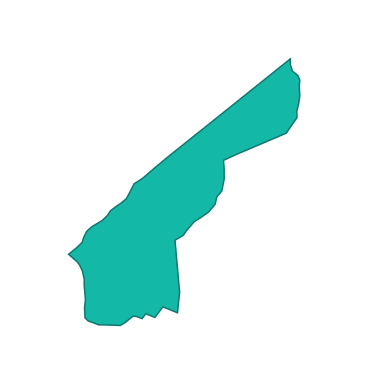 the district of Santa Inês, Paraná, Brazil, rotated 217°
{"feature_id": "56859067B45112402193343", "entity_name": "Santa Inês", "entity_type": "district", "adm_level": 2, "iso_a3": "BRA", "parent_name": "Brazil", "parent_adm1": "Paraná", "projection": "natural_earth1", "projection_center": [-51.903, -22.719], "detail": "fine", "context": "isolated", "style": "filled", "palette": "teal", "viewbox_px": 384, "rotation_deg": 217, "n_neighbors": 0, "source": "geoboundaries", "source_scale": "gbopen_adm2", "svg_char_len": 972}
<svg xmlns="http://www.w3.org/2000/svg" viewBox="0 0 384 384"><g transform="rotate(217 192 192)"><path d="M212.3,41.8L208.1,34.8L201.8,27.2L197.4,26.5L190.4,28.7L186.9,29.6L176.4,37.1L169.0,42.2L167.0,46.9L164.4,57.2L161.3,59.2L155.6,60.9L155.6,66.9L146.1,69.5L146.1,82.7L130.9,86.8L141.5,104.4L176.5,143.2L172.9,152.3L173.1,158.0L172.4,169.4L169.4,177.3L166.6,186.5L166.2,196.2L169.2,203.1L168.8,210.8L174.2,221.9L180.8,230.5L185.9,236.2L178.9,249.2L152.1,295.8L152.4,301.1L152.9,314.6L156.9,319.5L159.5,325.7L161.4,329.3L163.8,333.7L170.3,341.5L173.1,346.1L177.6,348.8L184.5,349.0L190.0,352.8L193.6,357.5L221.9,246.4L223.9,238.8L232.6,204.6L236.0,190.2L239.7,173.3L241.7,167.6L243.2,163.8L242.2,158.5L240.4,147.2L242.2,139.6L244.0,134.5L245.8,128.1L245.4,122.3L246.6,115.1L251.2,103.8L252.4,97.1L251.2,90.4L249.4,85.8L250.5,78.6L253.1,68.0L241.6,67.1L237.8,66.0L231.9,62.9L225.6,57.5L222.0,52.7L212.3,41.8Z" fill="#14b8a6" stroke="#0f766e" stroke-width="1.5"/></g></svg>